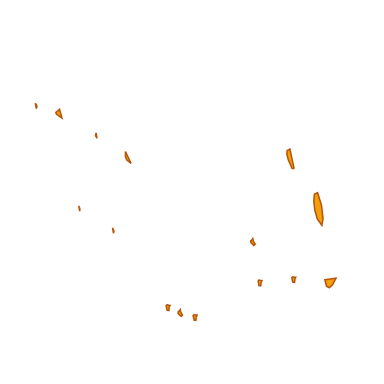 SVG path tracing the border of Haa Alifu, rotated 340°
{"feature_id": "MDV-5223", "entity_name": "Haa Alifu", "entity_type": "Atoll", "adm_level": 1, "iso_a3": "MDV", "parent_name": "Maldives", "parent_adm1": "", "projection": "equal_earth", "projection_center": [73.045, 6.964], "detail": "fine", "context": "isolated", "style": "filled", "palette": "amber", "viewbox_px": 384, "rotation_deg": 340, "n_neighbors": 0, "source": "natural_earth", "source_scale": "10m", "svg_char_len": 1527}
<svg xmlns="http://www.w3.org/2000/svg" viewBox="0 0 384 384"><g transform="rotate(340 192 192)"><path d="M309.8,235.6L309.1,249.0L306.0,261.9L302.6,267.8L300.5,260.0L301.2,251.3L303.3,242.2L306.3,235.9L309.8,235.6ZM298.7,185.1L296.0,204.4L295.5,204.6L295.1,204.6L294.9,204.5L294.5,204.4L294.1,204.0L293.5,194.7L294.1,188.7L295.6,185.6L298.7,185.1ZM286.8,319.9L297.9,322.2L292.3,327.3L288.3,328.9L286.2,326.7L286.8,319.9ZM95.8,69.0L95.1,78.1L91.2,72.5L91.3,70.6L93.5,70.0L95.8,69.0ZM143.3,131.2L143.3,131.4L144.5,144.3L141.6,139.5L141.5,136.1L143.3,131.2ZM132.6,291.1L131.1,292.5L130.3,294.3L129.7,295.5L128.4,294.7L128.2,294.6L128.7,290.1L130.0,289.4L131.3,290.4L132.6,291.1ZM260.3,307.6L258.8,309.1L258.1,310.9L257.4,312.1L255.8,311.2L256.5,306.6L257.6,306.1L259.0,307.1L260.3,307.6ZM154.7,309.4L154.6,309.5L153.2,310.9L152.3,312.9L151.7,314.0L150.2,313.2L150.7,308.5L152.0,308.0L153.4,308.9L154.7,309.4ZM227.4,299.2L225.9,300.7L225.2,302.5L224.5,303.6L223.6,303.2L222.9,302.9L223.7,298.3L224.8,297.6L226.2,298.6L227.4,299.2ZM233.2,256.6L232.8,259.1L233.2,261.2L233.4,262.5L233.5,262.6L231.8,263.4L230.0,259.6L230.4,258.0L232.0,257.5L233.2,256.6ZM140.7,298.5L140.3,301.0L140.8,303.1L140.9,304.5L139.4,305.2L137.4,301.5L138.0,299.9L139.5,299.4L140.7,298.5ZM75.1,55.1L75.6,56.6L75.6,58.5L74.2,60.4L75.1,55.1ZM122.1,103.6L121.1,109.0L120.6,106.1L122.1,103.6ZM105.1,198.5L105.1,198.8L105.3,201.9L104.1,203.9L105.1,198.5ZM80.9,166.3L80.9,169.5L79.9,171.6L80.9,166.3Z" fill="#f59e0b" stroke="#b45309" stroke-width="1.5"/></g></svg>